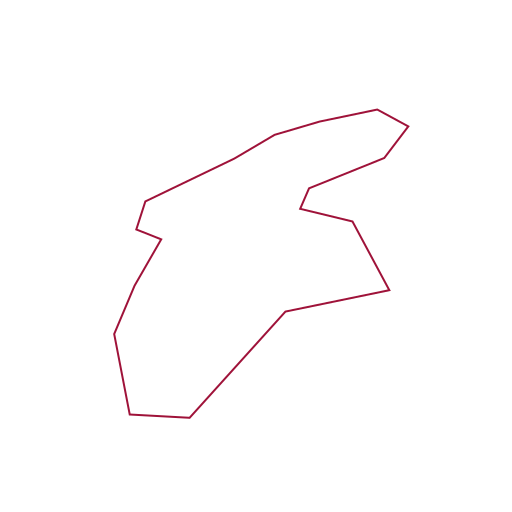 outline of Saint John, rotated 318°
{"feature_id": "VIR-4869", "entity_name": "Saint John", "entity_type": "state/province", "adm_level": 1, "iso_a3": "VIR", "parent_name": "United States Virgin Islands", "parent_adm1": "", "projection": "robinson", "projection_center": [-64.723, 18.338], "detail": "fine", "context": "isolated", "style": "outline", "palette": "rose", "viewbox_px": 512, "rotation_deg": 318, "n_neighbors": 0, "source": "natural_earth", "source_scale": "10m", "svg_char_len": 391}
<svg xmlns="http://www.w3.org/2000/svg" viewBox="0 0 512 512"><g transform="rotate(318 256 256)"><path d="M340.7,241.2L320.4,250.5L350.8,294.9L332.2,370.6L240.7,317.0L98.4,331.8L56.1,289.3L98.4,219.1L145.9,196.8L196.7,180.2L184.8,156.2L210.3,141.4L305.1,169.1L350.9,178.4L393.3,198.7L444.1,228.3L455.9,261.6L416.9,269.0L340.7,241.2Z" fill="none" stroke="#9f1239" stroke-width="2"/></g></svg>